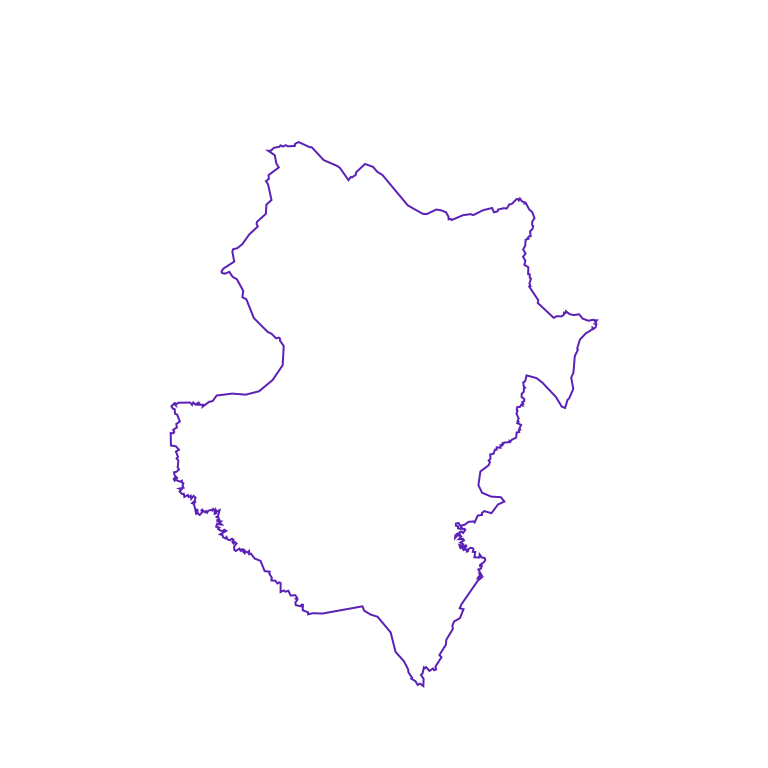 Phu Khiao, Chaiyaphum, Thailand (Albers equal-area conic projection), rotated 228°
{"feature_id": "78962969B29534138617955", "entity_name": "Phu Khiao", "entity_type": "district", "adm_level": 2, "iso_a3": "THA", "parent_name": "Thailand", "parent_adm1": "Chaiyaphum", "projection": "albers", "projection_center": [102.134, 16.339], "detail": "fine", "context": "isolated", "style": "outline", "palette": "violet", "viewbox_px": 768, "rotation_deg": 228, "n_neighbors": 0, "source": "geoboundaries", "source_scale": "gbopen_adm2", "svg_char_len": 6154}
<svg xmlns="http://www.w3.org/2000/svg" viewBox="0 0 768 768"><g transform="rotate(228 384 384)"><path d="M507.6,218.8L507.8,216.8L509.4,215.9L507.6,215.0L509.8,214.8L509.7,211.1L506.8,210.6L505.4,211.6L501.7,208.8L499.7,209.8L492.7,207.2L493.3,202.9L490.3,201.0L491.0,196.6L488.6,196.0L488.4,194.4L490.3,192.7L480.9,184.5L476.9,187.7L472.3,187.6L473.0,184.1L467.6,182.1L467.4,180.0L464.8,180.0L460.0,174.8L457.7,174.5L457.6,171.2L458.9,168.8L455.9,167.2L451.9,167.5L454.2,166.0L454.1,164.2L452.3,163.8L452.5,164.8L447.9,167.1L447.4,169.0L446.1,168.0L444.5,168.5L443.1,166.1L441.0,165.6L443.3,161.8L441.1,162.7L440.9,160.2L437.3,160.3L436.5,161.8L433.7,160.1L432.8,163.9L430.7,163.3L430.3,165.6L427.6,163.9L428.3,167.6L425.7,167.9L423.8,165.1L421.8,164.4L423.8,164.1L423.8,161.7L422.2,162.5L416.9,159.8L415.4,161.2L413.9,160.0L415.3,158.7L413.2,157.6L412.8,159.0L410.0,159.4L410.5,163.5L412.3,163.8L412.3,164.8L408.4,165.1L408.6,166.7L406.7,166.5L407.4,168.5L406.2,171.3L404.7,171.8L405.5,173.5L403.5,173.9L400.8,171.3L400.2,172.8L402.4,174.6L401.1,174.4L400.3,177.4L396.9,172.3L397.5,169.7L396.0,171.8L393.1,170.7L394.4,169.2L393.4,168.2L390.9,170.8L390.9,169.0L388.2,169.3L391.6,166.2L390.3,163.8L387.4,165.4L387.2,163.7L384.7,164.3L382.7,165.7L382.5,167.9L380.4,168.4L381.9,161.6L379.6,162.9L377.9,161.9L375.5,162.7L375.7,164.6L373.4,163.7L370.9,164.9L370.8,167.5L369.0,167.9L368.1,165.7L366.2,165.4L366.5,167.4L364.1,167.7L363.5,164.0L361.1,161.8L359.1,162.0L358.4,166.4L356.1,165.9L356.3,167.7L354.5,169.2L353.7,168.5L354.9,167.1L351.4,167.2L352.1,169.2L350.0,170.0L350.1,171.9L347.7,169.9L346.9,171.6L340.9,171.1L335.1,173.9L324.8,170.1L321.0,173.5L319.8,171.8L315.3,171.1L313.4,168.9L310.4,171.7L307.1,171.3L306.7,173.4L305.3,174.0L298.6,168.0L297.6,171.4L295.7,171.7L294.3,174.6L289.3,173.1L286.4,176.7L283.1,176.4L283.4,174.8L281.6,175.2L280.9,171.8L278.6,170.5L274.4,173.5L275.2,175.0L274.2,176.0L270.2,172.2L265.1,174.8L263.6,173.5L261.2,177.9L254.8,184.4L233.2,219.2L228.8,217.6L221.8,219.7L215.3,223.5L194.9,222.7L177.1,213.3L164.8,213.3L156.0,211.1L153.3,209.2L147.1,208.4L146.8,207.1L142.2,208.5L137.8,207.7L137.2,210.3L133.2,211.1L138.3,216.1L143.0,216.8L143.1,219.0L146.7,224.0L145.4,224.2L145.5,225.8L140.4,225.8L139.8,230.0L137.7,229.8L137.0,231.7L139.6,233.2L142.5,243.9L145.5,243.8L148.9,255.6L152.2,259.1L155.9,271.3L158.8,273.3L160.6,277.2L159.2,283.7L163.4,292.4L166.7,290.2L168.5,294.3L175.1,322.2L174.9,326.5L176.9,323.7L177.6,325.7L176.6,327.2L178.6,327.8L176.9,328.6L183.0,330.0L181.9,332.4L183.6,335.3L184.6,335.3L184.7,333.9L185.3,334.4L184.7,339.4L185.6,341.6L187.3,342.4L189.7,340.6L193.3,341.0L191.2,338.8L194.7,335.2L198.1,339.4L199.8,337.7L201.3,339.9L202.7,340.0L204.4,338.6L204.9,335.8L203.6,334.9L203.8,333.5L207.1,334.4L207.3,332.1L208.5,332.2L208.3,336.6L209.4,336.8L211.0,331.0L214.0,332.3L211.6,333.7L212.0,335.6L215.1,334.7L214.3,338.8L215.8,339.1L218.6,335.8L218.8,339.3L219.6,339.4L222.4,337.3L222.0,333.9L223.8,335.8L223.7,338.6L220.9,339.4L223.3,340.9L222.6,342.9L220.4,343.0L221.2,346.8L222.5,346.9L223.8,345.2L226.0,345.9L225.2,343.7L227.2,342.5L228.6,343.8L230.4,342.6L232.2,343.9L231.0,346.3L227.6,345.9L225.4,349.8L225.0,354.6L222.0,358.5L220.5,358.7L223.5,365.5L221.1,369.3L222.6,370.4L222.5,373.4L216.1,377.4L218.2,388.0L216.1,394.8L221.7,395.1L228.6,388.3L237.6,384.1L245.7,386.5L254.5,397.1L253.6,407.4L255.0,410.4L257.1,410.6L257.2,413.1L260.6,415.8L258.9,418.9L261.0,422.5L259.8,423.8L261.5,425.4L258.6,427.9L260.6,429.6L259.7,430.4L260.4,431.8L259.4,431.5L260.1,434.1L256.9,438.3L257.6,439.0L256.5,439.1L257.1,441.5L255.7,446.3L259.2,450.1L257.8,452.3L259.4,453.2L258.9,454.7L260.2,454.7L261.9,458.5L265.8,456.9L265.9,458.7L267.1,458.5L268.4,461.1L273.5,462.7L274.7,465.3L276.0,465.3L277.7,467.7L276.0,469.5L276.7,472.0L275.4,472.6L276.7,473.0L276.1,474.3L278.0,474.7L277.5,476.9L279.2,478.2L282.2,477.5L284.6,479.8L284.7,482.7L287.1,485.0L286.8,486.3L288.8,486.2L292.0,488.6L291.6,490.7L295.0,495.7L286.3,501.3L279.0,502.6L259.5,503.1L248.4,501.0L245.0,502.5L249.4,509.7L249.4,511.9L253.7,521.4L263.5,527.4L265.7,532.4L277.1,544.5L279.7,551.0L281.0,551.2L285.9,559.2L286.6,567.8L285.2,575.3L286.4,576.6L284.7,576.7L284.6,579.1L286.1,581.6L287.5,581.1L287.1,582.2L288.7,582.9L288.9,584.8L290.0,583.7L289.5,582.7L291.6,582.7L294.3,578.2L299.6,575.4L305.3,575.6L308.2,571.2L311.7,568.7L316.4,567.9L315.3,566.4L316.6,565.5L315.0,563.7L315.7,560.8L318.7,557.9L319.6,554.4L341.4,552.5L343.0,554.7L359.3,557.1L358.8,558.4L361.3,559.3L364.1,563.7L365.5,563.4L367.9,565.7L369.3,564.7L374.2,569.4L378.5,568.0L381.1,571.6L385.5,572.4L386.2,576.5L390.8,577.4L392.3,581.5L396.4,585.7L395.3,588.6L396.4,588.6L396.7,590.8L395.7,591.9L399.7,594.7L399.9,598.2L401.5,600.5L402.9,600.4L405.5,602.8L406.5,606.8L412.6,609.2L416.5,608.7L423.3,610.4L424.1,609.2L424.8,610.2L427.3,608.7L430.9,609.1L430.2,607.0L432.1,607.3L432.7,605.9L432.3,599.4L433.6,597.3L432.3,592.6L434.6,590.6L437.3,585.4L436.3,583.9L438.0,580.6L442.5,582.1L446.8,574.0L449.8,563.3L452.3,562.0L456.6,555.6L460.6,544.0L462.0,544.1L463.1,542.2L465.3,543.9L470.2,545.0L475.3,542.4L478.7,539.5L481.7,529.4L484.7,526.6L500.8,521.2L540.3,522.7L546.2,521.0L552.8,521.1L560.2,517.1L560.0,505.0L558.3,502.9L559.0,498.4L560.1,497.9L559.3,494.0L573.4,495.8L576.7,495.4L590.7,489.0L608.5,488.7L609.6,487.3L621.0,482.4L621.9,478.5L620.6,476.9L625.1,471.5L627.1,470.9L628.2,467.7L630.6,466.8L630.3,465.0L633.2,460.3L633.1,455.8L634.8,454.0L627.1,455.9L619.8,451.5L615.3,450.7L616.5,438.0L613.5,435.7L613.7,432.0L609.9,431.4L596.0,423.5L596.0,416.7L589.5,410.0L589.5,398.2L588.2,396.4L585.5,395.6L585.3,383.8L582.7,372.3L583.1,365.8L585.1,362.1L583.9,359.9L575.2,354.6L577.2,341.9L576.4,338.6L574.9,337.9L572.6,339.4L570.8,344.1L564.8,343.2L560.3,344.8L547.4,341.7L543.2,336.8L539.1,338.4L520.1,331.4L500.7,332.4L496.6,334.0L490.2,334.4L488.8,336.9L487.5,337.1L485.8,335.7L479.3,334.9L465.8,321.3L461.5,303.9L462.2,286.3L468.6,274.1L478.4,264.8L487.4,252.0L486.0,245.2L487.8,242.0L488.5,234.2L489.5,235.7L493.0,232.0L493.1,233.7L494.3,233.8L494.9,230.1L497.9,229.9L496.9,227.4L499.9,227.5L507.6,218.8Z" fill="none" stroke="#5b21b6" stroke-width="2"/></g></svg>